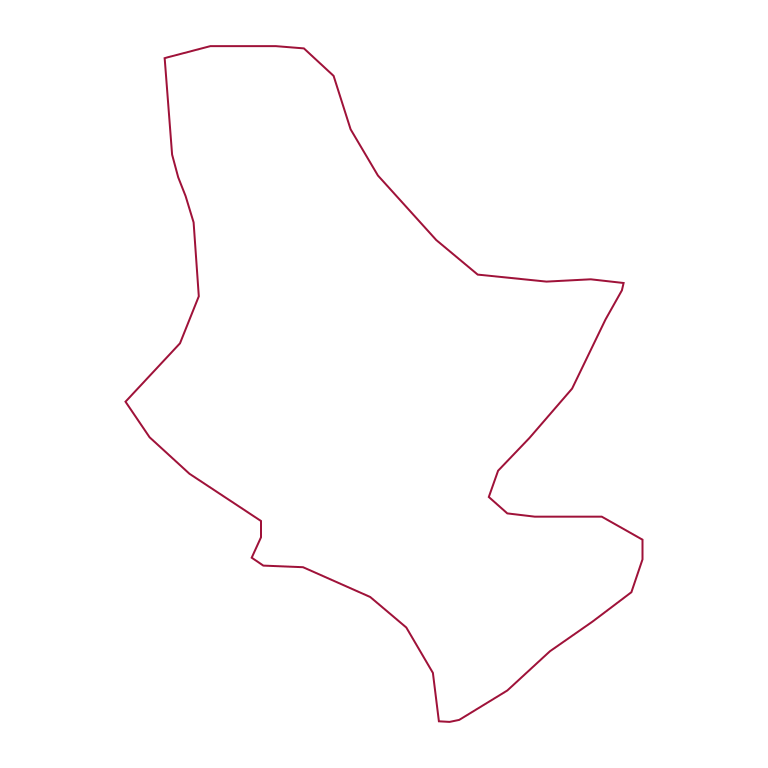 SVG path tracing the border of North Ayshire
{"feature_id": "GBR-2006", "entity_name": "North Ayshire", "entity_type": "Unitary District", "adm_level": 1, "iso_a3": "GBR", "parent_name": "United Kingdom", "parent_adm1": "", "projection": "mercator", "projection_center": [-4.697, 55.716], "detail": "fine", "context": "isolated", "style": "outline", "palette": "rose", "viewbox_px": 768, "rotation_deg": 0, "n_neighbors": 0, "source": "natural_earth", "source_scale": "10m", "svg_char_len": 768}
<svg xmlns="http://www.w3.org/2000/svg" viewBox="0 0 768 768"><path d="M438.9,721.3L438.6,718.9L432.9,672.9L406.3,627.5L370.2,597.0L303.0,567.2L263.3,565.6L251.7,557.7L261.0,537.3L261.0,521.0L189.5,473.8L149.6,437.3L125.5,401.7L180.0,343.3L198.8,296.3L193.6,222.4L185.6,196.1L178.2,177.3L172.1,154.6L164.8,59.9L164.6,58.2L167.3,57.4L210.5,46.1L275.4,46.1L303.9,48.4L333.6,75.9L350.6,129.3L377.9,175.5L436.3,240.1L477.7,274.6L546.5,281.6L590.7,279.3L623.6,283.0L621.9,290.4L621.7,290.7L605.5,319.5L572.1,388.6L529.5,437.9L498.1,470.7L488.8,497.0L507.3,513.4L535.1,516.7L572.1,516.7L601.8,516.7L642.5,539.7L642.5,559.4L631.4,592.2L592.5,621.6L550.0,651.2L542.7,657.9L507.3,690.5L459.2,719.9L449.6,721.9L438.9,721.3Z" fill="none" stroke="#9f1239" stroke-width="2"/></svg>